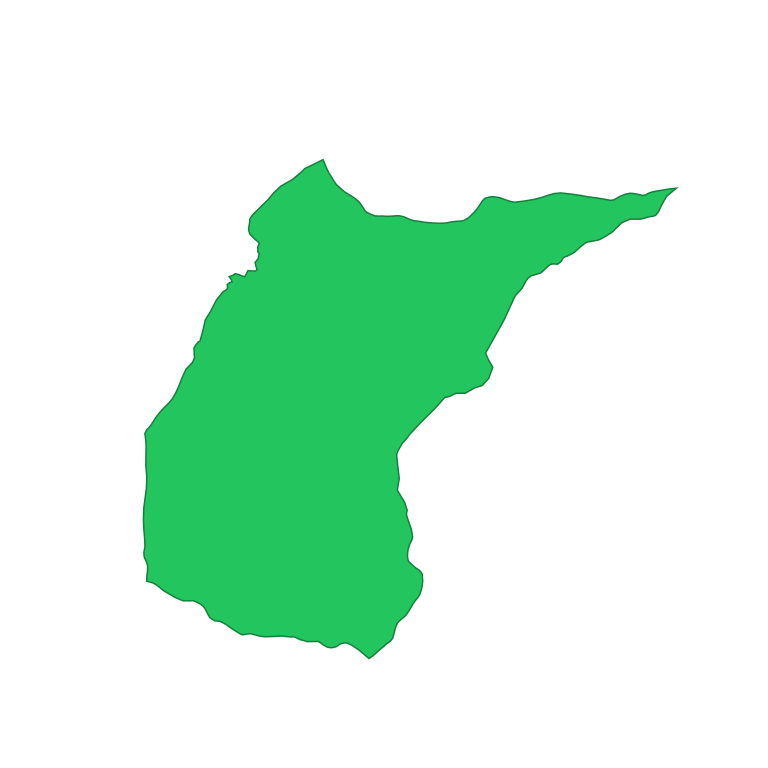 Dopshari, Paro, Bhutan (orthographic projection), rotated 110°
{"feature_id": "84629894B98882308612415", "entity_name": "Dopshari", "entity_type": "district", "adm_level": 2, "iso_a3": "BTN", "parent_name": "Bhutan", "parent_adm1": "Paro", "projection": "orthographic", "projection_center": [89.434, 27.456], "detail": "fine", "context": "isolated", "style": "filled", "palette": "green", "viewbox_px": 768, "rotation_deg": 110, "n_neighbors": 0, "source": "geoboundaries", "source_scale": "gbopen_adm2", "svg_char_len": 4383}
<svg xmlns="http://www.w3.org/2000/svg" viewBox="0 0 768 768"><g transform="rotate(110 384 384)"><path d="M647.1,304.2L643.2,301.5L639.2,299.3L634.8,296.9L631.1,294.7L627.4,292.8L623.3,289.9L619.9,288.9L615.3,289.2L610.8,289.7L606.7,289.9L603.1,289.3L600.9,288.2L596.9,286.0L594.8,284.7L591.7,283.7L586.9,282.6L581.5,281.7L577.2,280.6L573.7,279.3L569.7,278.4L564.5,278.5L560.3,279.1L556.1,280.2L551.9,282.0L549.4,283.2L548.1,284.8L546.9,287.2L546.0,291.2L544.6,294.9L543.6,297.3L542.4,300.0L540.8,301.4L538.2,302.9L535.1,303.9L531.2,304.8L526.0,305.0L522.9,304.7L520.6,304.5L518.0,304.8L511.6,308.3L505.2,313.4L501.9,316.2L499.5,317.9L497.2,318.8L494.9,318.9L488.3,324.0L479.2,335.2L467.7,337.3L457.0,342.7L446.1,348.0L442.2,348.0L434.1,346.7L427.9,344.2L422.0,342.4L408.9,336.8L401.3,333.3L390.0,327.9L375.9,322.3L373.3,318.2L368.2,313.3L364.8,304.4L356.6,297.5L352.0,291.3L343.0,287.5L331.0,287.5L325.6,294.0L320.3,299.1L282.4,293.0L257.6,291.0L255.3,290.5L252.5,289.4L250.7,288.4L246.3,286.9L242.6,286.4L238.2,285.7L235.2,284.8L232.1,282.7L228.9,278.5L226.1,274.7L224.0,273.5L222.1,272.5L216.3,269.6L214.3,268.0L213.3,266.0L212.0,261.8L208.1,259.3L204.7,258.9L202.8,257.7L201.2,255.6L197.0,251.6L194.5,249.7L191.3,248.1L187.7,246.2L183.3,243.4L181.4,241.9L178.5,237.1L175.6,232.1L173.6,229.9L168.2,225.3L163.8,221.9L161.1,220.4L159.0,219.6L155.6,217.8L151.5,215.9L148.8,213.4L147.2,211.4L144.9,209.1L142.8,203.4L141.6,199.8L139.9,197.0L137.9,194.5L135.9,191.6L134.6,188.9L132.6,186.4L127.8,184.9L121.5,184.4L111.0,182.7L100.0,176.2L102.9,182.2L109.9,194.6L111.8,197.6L113.9,200.3L117.0,203.0L118.5,205.9L118.8,209.6L119.7,215.0L120.6,218.0L122.0,220.3L123.2,222.3L127.1,226.5L132.4,231.0L133.9,233.9L135.3,242.0L136.2,247.0L138.5,257.1L139.3,262.4L140.4,267.8L141.7,273.8L143.2,280.0L144.1,283.5L146.9,289.3L151.0,295.0L154.3,299.0L159.4,306.4L161.2,309.7L163.7,314.0L167.9,322.2L168.8,324.7L169.2,328.2L169.3,330.3L169.4,339.2L170.0,342.3L170.5,345.1L172.4,349.2L175.0,352.7L178.4,354.2L181.1,354.8L185.0,355.8L188.0,356.5L192.6,358.4L196.6,360.2L198.8,361.4L201.1,363.2L203.1,365.1L204.5,367.2L206.3,371.6L209.4,377.4L212.0,381.8L214.3,387.8L215.2,390.8L216.4,394.6L218.3,401.9L219.0,406.0L220.2,411.4L220.5,413.5L220.5,416.6L220.1,422.7L220.6,426.9L221.4,429.3L223.8,434.6L225.5,438.8L226.8,443.3L228.0,446.2L229.0,449.7L229.1,453.4L228.6,459.0L227.5,461.4L225.7,463.6L222.9,467.4L221.4,469.8L220.0,473.4L218.9,477.3L218.1,481.1L217.0,486.5L214.7,492.6L212.7,497.3L209.9,501.2L206.9,504.7L204.9,507.5L200.7,511.9L194.0,518.0L198.5,522.3L202.3,525.8L203.7,527.3L207.0,530.5L208.5,532.0L213.5,534.4L223.5,540.2L225.8,542.2L233.2,548.5L242.0,553.0L244.4,553.8L247.1,554.8L250.0,555.8L258.7,560.0L266.7,563.8L269.6,565.2L275.0,566.6L277.1,565.7L280.1,565.2L284.6,564.3L286.9,563.0L288.9,561.4L290.0,559.3L290.9,557.4L292.0,555.3L293.1,551.9L294.5,549.3L298.4,549.5L300.5,548.7L303.2,547.6L304.1,545.8L306.4,545.6L309.1,545.1L313.9,546.7L316.8,544.8L320.0,542.4L321.9,543.5L324.0,550.6L328.1,551.1L331.0,551.6L330.9,555.2L330.9,558.5L331.2,561.5L333.3,563.0L336.1,566.2L338.2,563.1L340.3,561.7L341.3,563.6L344.2,565.4L346.5,564.1L348.9,564.0L352.3,566.8L362.3,570.2L375.8,571.9L379.4,572.7L384.8,573.9L394.1,572.6L406.6,571.6L408.1,573.0L411.8,574.2L415.3,574.9L424.4,571.0L429.4,571.4L437.8,575.1L447.2,575.9L455.4,576.1L459.4,576.3L464.9,576.8L469.9,577.8L474.7,579.4L481.0,582.3L487.1,584.9L493.9,587.1L498.8,588.1L503.7,589.3L508.3,591.3L512.2,591.8L519.2,588.2L524.1,586.2L536.4,581.9L542.8,579.6L551.6,575.5L557.5,573.4L563.4,571.6L572.4,569.6L582.3,567.4L593.7,563.7L602.6,560.0L612.2,555.6L618.4,553.1L621.6,552.5L624.2,552.1L627.7,550.6L629.4,549.5L632.1,546.7L634.0,545.1L636.7,543.5L641.0,542.2L644.9,541.3L650.4,539.6L650.0,533.0L650.6,529.0L651.6,526.1L653.5,520.9L654.8,514.0L656.1,506.6L656.4,498.6L654.1,492.1L652.9,489.5L653.1,485.2L653.6,481.3L654.7,478.0L656.7,474.8L660.6,470.8L663.2,467.6L663.7,465.6L664.4,461.8L663.2,457.7L663.5,452.8L664.4,448.7L665.5,445.4L666.8,439.4L668.0,433.7L668.0,431.0L666.0,427.5L664.2,423.7L663.4,414.5L662.4,409.9L660.5,405.0L656.0,394.3L653.5,384.7L652.3,381.9L652.5,379.1L652.9,375.9L652.3,367.9L650.1,362.1L648.5,358.0L648.8,355.6L649.8,352.4L650.7,347.1L649.9,343.4L648.2,340.3L646.4,338.3L643.8,336.8L641.0,333.1L640.1,330.4L640.5,324.8L642.4,317.1L647.1,304.2Z" fill="#22c55e" stroke="#15803d" stroke-width="1.5"/></g></svg>